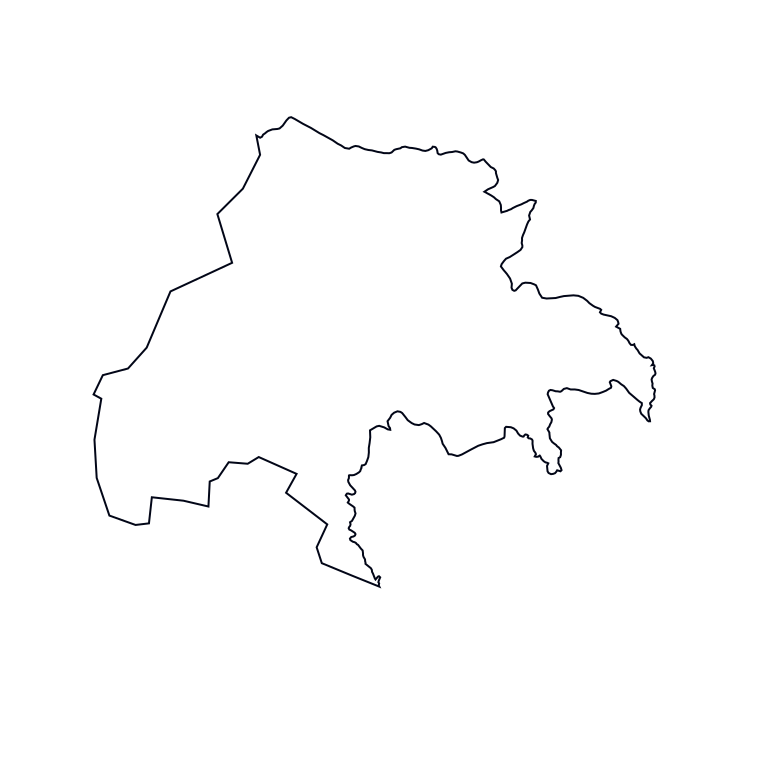 the district of Goris, Syunik, Armenia, rotated 28°
{"feature_id": "60910142B80914034873135", "entity_name": "Goris", "entity_type": "district", "adm_level": 2, "iso_a3": "ARM", "parent_name": "Armenia", "parent_adm1": "Syunik", "projection": "robinson", "projection_center": [46.432, 39.469], "detail": "fine", "context": "isolated", "style": "outline", "palette": "ink", "viewbox_px": 768, "rotation_deg": 28, "n_neighbors": 0, "source": "geoboundaries", "source_scale": "gbopen_adm2", "svg_char_len": 6165}
<svg xmlns="http://www.w3.org/2000/svg" viewBox="0 0 768 768"><g transform="rotate(28 384 384)"><path d="M475.0,565.1L473.9,564.3L473.3,562.3L472.1,561.7L471.7,559.9L471.4,556.5L469.8,556.1L469.1,556.9L468.3,560.6L467.1,559.9L463.3,556.6L461.7,555.5L460.5,553.8L458.9,552.8L452.1,551.5L451.4,550.2L450.6,549.4L449.6,547.8L447.0,546.2L445.7,544.8L445.0,543.4L443.3,541.0L440.9,540.2L436.6,538.2L435.3,538.2L433.7,537.5L432.3,537.5L430.5,537.9L427.6,537.6L426.5,536.5L426.9,534.5L428.7,532.9L429.5,531.4L429.3,529.9L428.0,529.1L423.7,528.7L421.7,528.8L420.5,527.9L420.4,526.6L420.7,525.1L420.3,523.5L418.9,522.0L420.0,519.9L420.1,514.0L419.6,511.6L418.0,510.1L417.3,509.2L416.0,507.0L414.2,506.6L409.7,506.1L407.7,505.7L407.8,503.4L407.3,502.4L402.5,500.2L402.7,498.3L403.7,497.5L407.6,496.8L409.2,495.3L409.7,493.9L409.4,492.5L408.3,491.6L401.7,489.3L398.5,487.2L397.4,485.7L397.2,483.6L396.0,481.2L396.7,480.5L398.6,479.6L400.2,478.5L401.8,476.5L403.4,473.7L403.9,472.0L403.6,470.6L403.5,468.6L403.2,468.4L402.7,466.3L404.4,465.0L405.4,463.4L405.1,459.9L404.5,455.9L402.8,451.6L400.6,447.6L399.0,442.9L396.9,437.5L393.4,431.5L397.4,424.9L399.4,423.2L404.6,422.2L408.6,422.3L411.0,421.5L410.0,420.1L407.8,419.0L404.6,415.2L405.3,410.9L405.2,407.7L406.4,404.6L408.7,401.8L411.6,400.9L413.7,401.1L418.8,403.3L421.9,404.8L426.8,405.5L430.0,405.4L434.1,403.9L436.2,401.7L437.7,399.6L442.3,399.0L445.2,399.4L452.2,401.3L456.5,402.8L459.6,404.9L462.2,407.4L463.8,409.2L468.3,411.6L474.0,415.7L476.7,414.4L482.2,413.3L483.5,412.4L485.9,409.6L491.4,401.3L496.2,394.3L499.3,391.0L502.6,387.9L508.1,383.9L513.2,377.9L515.3,375.0L515.0,373.6L511.4,366.2L511.9,364.5L516.3,362.6L519.3,362.3L522.8,363.0L525.7,364.8L528.4,365.7L531.0,365.4L531.9,364.9L532.0,363.6L532.5,362.2L533.9,361.7L535.6,361.9L536.0,363.7L537.3,364.0L538.8,363.4L540.8,363.5L541.8,364.3L543.2,367.1L545.9,370.8L547.7,372.6L549.9,373.6L551.1,374.6L551.1,377.2L552.5,376.9L554.1,375.9L555.1,374.1L556.0,374.5L558.2,376.2L561.3,377.2L563.4,377.4L564.8,377.0L566.3,376.9L566.4,379.8L569.4,384.3L571.1,385.3L573.8,385.2L575.6,383.9L576.9,382.4L577.3,380.6L577.4,378.9L580.8,378.2L581.2,376.7L579.4,374.9L575.1,372.0L574.5,370.5L573.6,369.0L572.9,367.4L573.9,365.9L573.5,363.5L573.2,362.9L572.4,361.5L571.5,359.4L568.2,358.0L566.1,357.7L564.5,357.0L562.1,356.7L559.6,356.2L556.0,354.1L553.5,350.4L552.8,349.2L549.5,347.1L549.5,345.9L549.9,344.1L549.6,341.5L549.7,339.2L549.0,336.7L548.1,335.7L545.2,334.5L542.9,333.4L542.3,332.1L542.9,330.3L545.5,326.9L545.5,325.4L543.7,324.5L533.3,316.2L532.8,314.5L532.8,312.5L533.8,311.1L535.8,310.4L539.0,309.8L540.9,308.9L543.1,308.2L544.0,307.1L545.1,303.9L547.4,301.8L551.4,301.2L554.9,299.3L558.7,297.9L567.8,296.4L571.5,295.3L574.7,293.8L578.1,291.5L580.9,288.4L583.2,285.6L584.7,283.0L586.2,280.7L585.8,279.3L582.5,276.4L582.6,275.2L584.4,272.8L587.9,272.1L589.9,272.1L593.5,272.9L596.8,273.2L600.0,274.4L604.6,276.7L615.3,279.1L618.0,279.6L620.6,279.8L621.6,281.6L621.7,284.6L622.1,286.4L623.2,287.9L625.1,289.5L631.4,291.3L633.6,292.5L635.2,292.7L636.4,292.0L635.6,290.8L632.6,287.6L630.5,284.5L629.9,283.0L630.1,280.9L630.6,278.7L630.4,277.6L628.8,277.1L627.9,276.0L628.5,273.5L629.4,270.8L629.2,268.9L628.2,267.2L627.2,266.1L626.3,262.3L625.5,261.5L623.2,261.3L621.7,259.5L620.9,257.5L619.4,256.0L618.1,254.3L617.9,252.6L618.1,250.5L619.0,248.5L618.7,247.1L617.6,245.8L614.8,243.4L614.7,241.5L613.9,240.6L612.6,240.9L611.7,241.6L612.0,239.4L611.4,238.5L610.5,237.5L607.7,236.3L604.9,236.2L603.6,237.6L601.0,238.4L595.3,237.0L591.9,234.9L590.2,234.3L587.7,232.9L586.3,231.4L585.4,232.7L583.7,233.5L581.7,232.7L579.4,231.1L577.4,230.2L574.6,229.8L571.2,228.8L569.9,228.2L568.1,226.5L566.6,224.4L562.0,224.4L562.2,223.3L562.8,220.7L561.6,219.3L560.1,218.0L556.7,217.3L552.8,217.5L545.3,219.6L542.7,219.9L541.0,219.3L541.0,216.6L539.6,216.2L534.1,216.9L531.8,216.8L527.4,216.2L524.3,215.2L519.4,214.4L514.2,214.9L509.6,216.8L501.6,221.9L498.5,224.5L495.2,227.5L487.4,232.2L483.1,233.6L478.7,231.2L475.6,228.4L471.9,225.5L470.0,225.5L466.0,226.0L461.2,228.2L458.9,230.3L457.0,236.9L456.3,239.5L455.2,240.6L453.2,240.6L451.4,239.1L449.8,235.4L445.8,231.7L440.8,229.1L436.0,227.2L432.0,225.3L431.6,222.9L432.2,219.0L432.9,216.1L435.4,212.9L439.9,204.9L441.6,201.5L441.9,198.2L441.1,196.7L439.4,194.9L438.4,192.2L437.3,190.3L436.8,187.2L436.6,184.2L435.4,176.0L435.2,172.7L435.7,170.2L433.0,167.1L432.4,163.4L432.9,161.4L433.3,158.5L432.7,156.2L432.5,154.3L432.8,152.6L432.1,151.1L428.3,152.0L426.7,152.8L425.3,154.5L424.7,155.8L422.3,158.9L421.0,160.8L417.6,164.7L415.1,168.2L414.1,170.0L412.3,172.0L411.4,173.3L407.2,177.4L405.7,175.6L404.5,173.3L403.1,171.1L400.0,168.6L396.0,168.2L393.4,167.5L390.1,167.2L382.4,167.1L384.4,163.3L388.0,158.7L389.0,157.1L389.6,153.2L389.0,150.3L387.4,148.9L383.8,145.2L383.0,143.7L381.9,143.0L379.7,142.2L376.4,142.3L369.4,140.0L366.8,138.9L366.0,139.1L364.8,140.6L363.1,143.2L361.9,144.6L359.6,146.3L357.2,147.0L353.8,146.9L347.8,143.7L345.7,143.2L343.3,143.5L339.6,144.3L337.8,145.0L335.2,147.2L332.7,148.8L330.0,151.0L326.5,154.8L324.5,155.4L323.0,155.0L321.4,152.9L320.0,151.6L318.5,150.8L317.6,150.8L315.6,151.6L315.5,153.5L313.3,156.8L311.1,158.8L308.4,159.8L304.9,160.3L301.6,161.2L297.8,162.5L295.6,163.5L291.2,164.5L288.6,166.5L287.8,168.2L284.6,170.9L283.2,172.4L282.0,176.0L280.5,177.6L275.6,180.2L272.7,180.9L269.3,182.1L263.7,183.4L260.4,184.7L256.7,185.7L253.5,186.0L250.2,186.1L247.1,187.2L245.8,188.4L244.0,190.6L242.8,192.6L238.6,194.0L234.2,193.5L230.3,193.6L224.3,192.9L213.6,192.7L209.3,192.8L199.3,192.2L190.4,192.3L180.8,191.9L176.8,192.0L175.1,193.5L174.1,197.1L173.3,203.4L171.8,207.4L170.1,208.9L165.9,211.6L162.9,215.0L162.0,216.7L161.4,218.3L160.2,220.6L160.2,222.9L159.0,224.7L154.6,224.5L167.0,239.8L167.7,277.8L157.1,312.2L193.0,348.3L152.0,402.5L157.4,463.3L150.7,490.5L131.6,508.2L132.5,529.6L141.3,529.7L154.5,569.1L174.4,601.8L203.3,629.1L230.8,625.1L241.9,617.4L232.2,593.0L261.7,581.2L286.5,574.6L275.9,551.9L281.5,545.1L283.6,526.0L301.1,518.4L307.7,507.3L349.0,504.4L348.6,526.0L399.8,534.6L401.2,559.8L413.2,571.4L445.9,568.2L475.0,565.1Z" fill="none" stroke="#020617" stroke-width="2"/></g></svg>